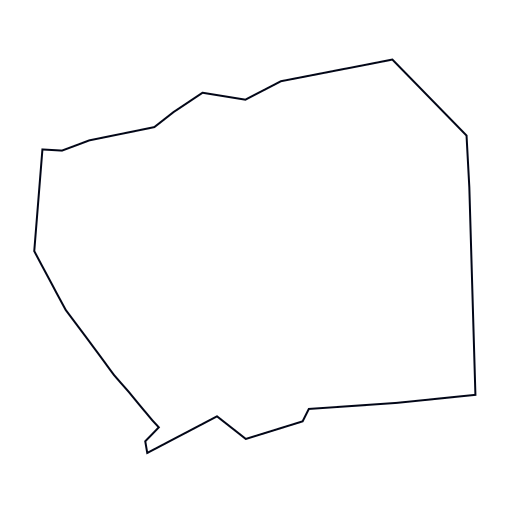 outline of Magdalena Zahuatlán, Oaxaca, Mexico, rotated 271°
{"feature_id": "50627088B33073953596655", "entity_name": "Magdalena Zahuatlán", "entity_type": "district", "adm_level": 2, "iso_a3": "MEX", "parent_name": "Mexico", "parent_adm1": "Oaxaca", "projection": "albers", "projection_center": [-97.231, 17.392], "detail": "fine", "context": "isolated", "style": "outline", "palette": "ink", "viewbox_px": 512, "rotation_deg": 271, "n_neighbors": 0, "source": "geoboundaries", "source_scale": "gbopen_adm2", "svg_char_len": 731}
<svg xmlns="http://www.w3.org/2000/svg" viewBox="0 0 512 512"><g transform="rotate(271 256 256)"><path d="M121.0,477.8L328.3,468.1L380.1,464.4L454.8,388.9L445.0,343.1L444.7,341.4L431.2,277.9L416.6,250.9L413.4,245.0L412.1,242.7L418.3,199.7L398.6,171.2L383.1,152.1L368.7,87.3L358.0,60.2L358.8,40.6L257.0,34.2L243.6,41.6L234.5,46.7L222.3,53.5L216.1,56.9L198.7,66.7L170.1,88.9L162.0,95.1L155.8,99.9L145.3,107.9L144.6,108.4L139.7,112.1L134.5,116.1L126.6,123.2L126.2,123.6L117.4,131.6L114.3,134.2L105.5,141.7L99.0,147.3L98.6,147.7L90.0,155.1L83.0,161.8L73.9,153.3L71.5,151.0L68.8,148.5L57.2,150.7L95.0,219.8L72.9,249.0L91.5,305.5L104.0,311.5L111.6,399.3L118.9,460.0L121.0,477.8Z" fill="none" stroke="#020617" stroke-width="2"/></g></svg>